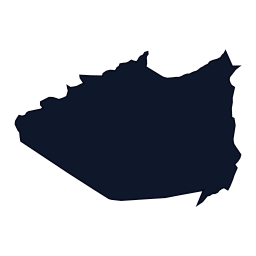 outline of Paulista, Paraíba, Brazil
{"feature_id": "56859067B46882677849829", "entity_name": "Paulista", "entity_type": "district", "adm_level": 2, "iso_a3": "BRA", "parent_name": "Brazil", "parent_adm1": "Paraíba", "projection": "orthographic", "projection_center": [-37.594, -6.622], "detail": "fine", "context": "isolated", "style": "filled", "palette": "ink", "viewbox_px": 256, "rotation_deg": 0, "n_neighbors": 0, "source": "geoboundaries", "source_scale": "gbopen_adm2", "svg_char_len": 1661}
<svg xmlns="http://www.w3.org/2000/svg" viewBox="0 0 256 256"><path d="M239.3,66.2L232.2,66.3L225.5,51.1L224.3,53.5L222.4,55.2L220.8,57.7L217.5,59.4L212.9,60.7L210.0,61.9L208.1,64.4L205.4,65.6L203.3,67.0L200.7,68.3L198.7,70.0L196.9,71.3L194.7,71.9L192.3,72.8L189.8,74.2L186.8,74.4L184.0,75.4L182.1,76.5L179.3,77.6L176.0,77.6L174.0,77.9L171.7,78.1L167.3,78.5L163.4,77.5L161.3,76.4L145.7,66.8L146.4,63.9L146.3,60.5L146.0,58.0L146.5,55.8L147.9,54.0L147.6,51.7L144.9,52.6L143.1,55.4L141.1,56.1L139.5,57.5L138.2,59.9L136.8,61.9L134.4,61.5L131.3,60.4L128.3,62.5L125.8,63.3L123.2,63.5L120.2,64.0L119.2,66.5L117.2,67.7L116.3,69.6L114.9,71.0L112.6,70.6L110.0,70.5L106.5,71.4L103.3,73.6L102.6,76.2L90.8,76.0L80.0,75.4L80.4,77.9L84.0,83.4L81.3,84.4L76.9,86.6L73.3,87.3L70.3,87.7L67.4,85.8L67.9,88.6L68.6,90.5L66.8,96.6L63.1,98.3L59.0,99.7L52.9,97.7L49.1,97.6L40.7,101.9L40.8,105.0L43.1,107.7L41.0,109.3L29.0,111.7L27.1,112.7L25.3,115.4L22.2,116.4L19.1,115.6L17.4,118.2L15.7,121.2L15.4,124.3L16.8,127.3L18.3,130.3L19.9,132.2L20.4,137.3L21.0,141.1L67.5,172.0L94.3,189.2L109.0,198.4L111.4,199.1L121.2,200.2L154.2,198.0L165.3,197.3L177.7,194.9L203.5,190.2L197.4,204.9L199.9,203.2L202.3,201.6L204.5,199.0L207.2,195.7L209.6,195.2L212.4,193.4L215.0,193.3L217.5,192.1L219.0,190.2L221.3,188.6L224.0,187.4L227.8,189.7L229.7,186.0L232.4,179.4L233.8,175.1L236.9,167.9L234.4,164.3L237.4,161.3L239.7,157.9L240.6,154.7L235.6,147.3L233.6,144.1L233.1,142.1L232.8,139.0L234.9,125.4L233.8,118.5L231.5,117.4L231.3,112.7L231.1,108.2L232.1,102.4L232.0,97.6L234.3,87.4L231.3,85.4L229.8,82.9L229.0,80.2L229.2,77.2L235.4,69.2L239.3,66.2Z" fill="#0f172a" stroke="#020617" stroke-width="1.5"/></svg>